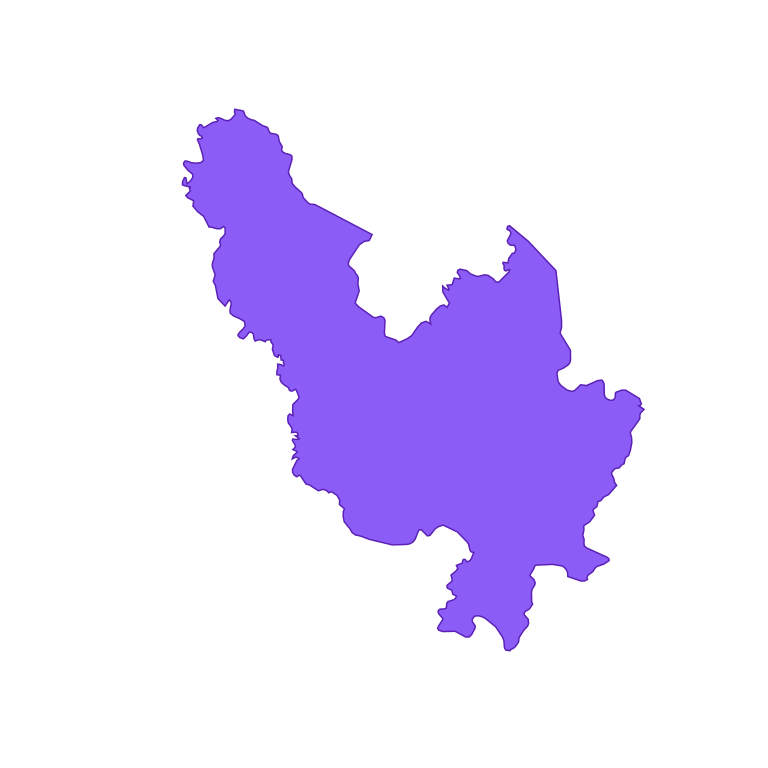 the Department of Savanes, rotated 206°
{"feature_id": "CIV-3431", "entity_name": "Savanes", "entity_type": "Department", "adm_level": 1, "iso_a3": "CIV", "parent_name": "Ivory Coast", "parent_adm1": "", "projection": "albers", "projection_center": [-5.464, 9.628], "detail": "fine", "context": "isolated", "style": "filled", "palette": "violet", "viewbox_px": 768, "rotation_deg": 206, "n_neighbors": 0, "source": "natural_earth", "source_scale": "10m", "svg_char_len": 6171}
<svg xmlns="http://www.w3.org/2000/svg" viewBox="0 0 768 768"><g transform="rotate(206 384 384)"><path d="M351.4,239.1L359.3,242.7L362.4,246.7L364.6,251.3L364.8,254.4L371.2,256.2L373.1,260.4L377.4,263.3L383.9,264.2L386.1,261.9L387.8,262.9L390.7,262.9L392.8,262.5L396.1,259.3L407.2,260.6L410.1,259.8L418.8,264.9L420.3,264.8L421.6,262.4L424.5,262.6L427.4,264.5L428.8,267.2L428.8,277.1L427.6,279.1L427.8,279.9L431.2,279.7L433.6,276.4L434.1,280.1L432.6,283.3L432.5,285.3L437.2,285.1L436.0,288.3L437.1,290.2L441.6,293.1L441.9,294.5L437.8,296.0L436.2,297.5L441.0,298.7L438.6,299.8L440.0,301.9L442.0,302.2L445.8,299.8L446.7,303.0L448.6,304.7L453.1,307.2L455.0,310.0L456.3,313.3L455.6,315.7L451.9,315.8L454.6,320.2L456.9,325.6L454.4,332.9L454.6,335.0L459.8,339.8L461.3,340.4L463.3,337.6L464.6,336.8L466.6,337.1L468.0,338.8L473.7,339.5L477.2,340.6L479.7,342.8L480.9,346.5L484.3,345.4L485.7,348.1L486.6,352.2L488.3,355.2L485.4,356.2L482.2,356.3L482.2,357.7L483.8,359.1L484.6,361.2L487.0,360.5L489.3,364.3L492.0,363.8L490.7,362.0L491.3,361.4L494.9,361.5L499.5,366.2L500.8,370.6L504.1,372.3L505.1,374.2L508.0,372.6L509.7,370.3L509.5,369.9L514.3,369.6L516.4,368.5L518.7,366.1L520.7,367.7L523.3,371.6L525.3,372.3L527.9,371.6L528.6,367.3L530.2,362.9L533.9,362.5L536.4,363.4L536.8,364.2L536.4,367.3L534.7,372.0L534.3,375.3L536.8,379.0L542.6,379.5L548.9,379.2L553.2,380.2L554.8,382.8L556.4,388.7L557.5,390.7L560.0,391.8L561.0,384.4L570.7,388.0L578.7,398.6L582.5,401.5L583.6,408.1L589.6,414.1L591.0,416.6L591.9,422.5L594.0,426.7L591.6,436.0L592.1,437.6L594.0,439.7L594.5,442.7L593.1,446.6L592.7,449.5L595.2,454.5L597.3,455.3L598.9,452.0L602.2,450.3L608.9,449.1L609.9,448.3L619.5,455.6L626.8,457.1L633.7,460.1L635.4,465.3L642.0,465.3L644.8,466.5L642.7,472.5L645.2,475.2L643.9,476.3L650.4,474.7L652.5,474.7L653.7,477.5L653.8,482.1L652.4,482.4L648.7,477.5L647.0,481.7L646.4,485.7L647.7,488.6L654.1,490.2L659.7,492.8L661.0,494.8L660.6,497.2L658.7,498.0L653.8,498.5L649.4,500.3L645.7,502.7L644.3,505.8L647.1,510.1L655.3,518.9L658.7,521.7L658.7,523.1L656.5,523.7L655.1,525.5L656.0,525.9L656.2,526.8L658.4,526.6L660.9,527.8L662.9,529.9L663.7,532.3L663.3,536.2L662.2,536.9L658.2,535.4L652.7,543.9L649.3,546.6L648.8,548.2L651.6,549.0L650.1,550.5L647.7,551.2L642.4,551.3L639.4,552.4L637.6,554.8L635.8,561.3L637.6,562.8L638.5,565.5L630.5,567.7L629.5,567.4L626.4,564.2L622.9,563.2L619.3,563.3L616.2,564.1L606.5,563.0L601.9,563.5L600.7,563.2L597.9,560.5L596.0,559.7L590.1,561.2L587.9,560.7L584.2,555.9L579.6,552.8L578.7,549.6L577.4,548.3L574.3,547.9L568.8,549.0L566.7,548.5L565.1,545.5L563.0,532.9L560.6,530.2L556.8,527.9L554.5,524.1L550.4,522.2L542.0,519.8L540.5,518.8L538.4,516.1L531.9,513.6L529.1,513.2L524.9,515.0L460.2,513.1L460.2,506.5L464.2,503.6L467.2,498.4L469.6,480.2L468.7,475.9L467.4,474.9L459.9,472.6L458.0,470.9L455.4,469.8L453.5,467.9L451.4,462.6L447.1,456.8L445.4,444.1L440.7,442.3L422.5,439.2L420.3,440.1L416.4,443.7L413.1,443.4L410.9,441.5L406.1,430.2L404.0,427.6L403.0,427.4L392.7,428.7L388.8,427.7L382.9,435.0L380.3,439.7L378.7,450.2L377.0,455.5L373.6,458.8L368.2,458.5L370.6,461.2L371.7,463.9L371.6,466.9L369.5,474.8L367.6,478.8L364.9,481.3L360.9,480.7L360.7,485.4L371.3,492.4L374.2,497.8L370.9,496.8L367.1,496.7L367.1,497.8L370.7,500.4L366.3,503.1L367.3,510.0L362.7,511.4L361.6,512.3L363.4,514.3L367.1,516.4L367.4,518.7L366.1,520.5L359.4,522.2L354.4,520.8L348.1,521.4L346.4,522.0L341.8,526.0L338.3,527.3L332.1,526.5L328.7,525.0L326.2,525.3L325.2,526.6L320.9,539.3L321.1,541.8L322.5,541.0L323.9,539.0L325.6,539.1L326.8,540.4L327.9,543.1L330.1,544.5L330.2,545.6L325.7,547.2L326.9,551.6L325.9,557.7L324.1,559.0L324.4,562.9L327.3,565.8L331.3,564.2L334.1,564.9L335.5,566.1L336.0,567.0L335.8,575.0L338.2,577.0L340.9,576.8L341.6,577.4L342.0,579.9L340.5,581.3L317.1,575.6L279.2,561.3L252.2,518.8L249.1,512.3L248.2,507.4L247.5,506.5L231.2,496.0L226.8,487.3L226.3,484.4L226.7,482.3L229.4,477.4L233.4,472.6L233.4,469.5L228.5,462.5L224.7,460.3L216.8,458.8L211.9,459.7L209.7,461.8L206.9,469.5L201.3,471.4L193.5,480.7L189.9,483.0L188.2,482.3L186.2,480.5L181.2,470.8L179.4,469.1L176.9,468.3L173.1,468.6L170.9,470.2L170.2,473.0L172.0,477.2L171.7,478.5L167.5,482.8L164.1,484.4L148.0,482.9L144.0,479.0L144.2,477.2L145.6,476.1L139.2,475.2L140.7,470.2L140.3,467.7L138.9,465.2L139.1,462.8L141.4,449.6L141.0,447.8L138.1,444.5L135.5,439.8L133.5,432.4L132.8,426.8L134.3,424.4L134.6,422.9L133.3,417.6L134.8,415.7L135.9,411.7L139.0,409.4L139.7,408.3L140.5,404.4L140.3,403.2L136.3,400.0L133.7,396.8L130.5,394.8L133.7,383.0L136.9,378.9L138.1,374.1L140.1,372.1L138.9,366.9L140.5,364.1L140.8,361.9L137.2,358.4L138.7,350.4L142.0,344.8L142.1,343.7L140.4,340.6L138.9,335.0L136.2,332.3L134.1,327.8L132.8,326.2L129.8,325.5L107.4,326.1L105.2,325.5L104.3,323.8L107.6,318.3L112.8,313.2L113.7,310.7L114.0,307.0L116.9,301.4L116.8,299.1L115.4,297.5L117.5,294.8L120.7,293.3L134.4,291.5L136.3,294.9L138.3,296.8L141.7,298.3L144.1,298.5L153.1,295.9L167.5,288.1L168.7,286.9L168.4,282.9L169.1,275.7L163.5,274.0L161.0,271.7L160.4,269.3L160.9,264.5L160.2,261.6L156.0,253.3L153.9,251.2L154.7,245.5L157.5,241.2L157.5,239.2L156.5,237.9L151.3,235.8L149.1,232.3L148.8,229.2L150.5,223.5L151.4,215.3L150.0,211.1L150.4,207.8L151.2,204.4L154.1,200.0L153.9,199.5L157.8,198.2L160.1,199.7L163.7,205.9L166.3,208.3L177.1,214.7L189.5,217.6L193.2,217.9L197.6,217.1L200.9,214.9L201.5,210.7L200.2,209.0L196.0,206.6L195.1,204.2L195.4,197.1L196.6,193.9L199.7,192.4L211.7,192.9L222.6,187.3L226.8,186.7L228.6,187.7L228.9,190.2L228.0,197.6L228.5,199.1L233.7,201.3L235.3,202.7L235.9,204.1L235.0,206.2L231.3,208.2L229.8,209.8L231.4,214.4L231.1,216.5L226.7,220.7L225.9,222.1L225.8,224.8L226.7,225.3L229.8,225.1L232.7,228.3L237.3,228.3L238.3,229.0L239.1,230.7L236.5,236.6L237.2,238.3L240.0,241.7L237.4,247.3L236.8,250.6L239.4,252.7L235.1,257.5L235.9,260.4L235.5,261.3L234.0,261.9L231.6,260.4L229.4,262.8L228.9,265.2L229.5,271.9L232.2,271.3L234.1,272.6L237.5,276.9L239.9,278.4L253.2,283.2L269.0,283.1L272.4,279.8L274.5,276.4L276.3,268.1L278.4,266.5L286.6,269.4L288.7,267.8L288.0,258.0L288.7,254.7L290.7,251.7L293.4,249.7L306.1,243.0L328.8,238.0L338.7,237.0L343.6,235.8L347.5,236.5L351.4,239.1Z" fill="#8b5cf6" stroke="#5b21b6" stroke-width="1.5"/></g></svg>